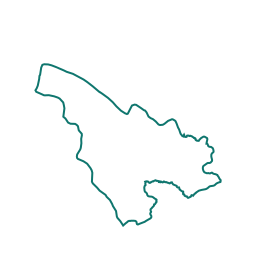 Noumbiel, Noumbiel, Burkina Faso, rotated 156°
{"feature_id": "67063806B78350075830190", "entity_name": "Noumbiel", "entity_type": "district", "adm_level": 2, "iso_a3": "BFA", "parent_name": "Burkina Faso", "parent_adm1": "Noumbiel", "projection": "orthographic", "projection_center": [-3.048, 9.8], "detail": "fine", "context": "isolated", "style": "outline", "palette": "teal", "viewbox_px": 256, "rotation_deg": 156, "n_neighbors": 0, "source": "geoboundaries", "source_scale": "gbopen_adm2", "svg_char_len": 5536}
<svg xmlns="http://www.w3.org/2000/svg" viewBox="0 0 256 256"><g transform="rotate(156 128 128)"><path d="M172.1,40.9L169.3,41.8L167.8,42.2L167.1,42.3L166.3,42.7L165.0,42.7L164.7,42.7L164.2,42.4L163.5,42.1L163.0,42.1L162.3,41.8L161.9,41.6L160.4,40.9L159.7,40.5L159.3,40.3L159.0,40.0L158.7,39.5L158.5,39.1L158.5,38.6L158.8,37.5L158.9,36.6L158.6,36.1L158.0,35.8L156.5,35.8L152.6,35.6L151.0,35.5L149.3,35.8L144.4,36.3L143.5,36.6L143.0,37.0L142.7,37.6L142.5,38.2L142.5,38.8L142.7,39.6L142.7,40.1L142.5,40.8L141.9,41.4L141.3,41.7L140.9,42.2L140.9,42.6L141.0,43.1L140.9,43.6L140.5,44.5L140.0,44.7L139.1,45.1L138.7,45.2L138.3,45.5L137.8,45.7L136.9,46.0L136.4,46.2L135.8,46.6L135.6,46.8L135.6,47.1L135.3,47.5L135.1,47.4L134.2,47.5L133.7,47.8L133.2,48.3L132.7,48.4L132.4,48.5L132.0,48.9L132.1,49.1L132.1,49.3L132.0,49.6L131.9,49.8L131.7,49.8L131.5,50.1L131.5,50.4L131.2,50.7L131.1,50.9L131.4,51.5L131.6,51.9L132.2,52.5L132.5,53.2L132.7,53.4L133.1,54.3L133.5,54.8L134.1,55.5L134.7,55.9L135.7,56.4L136.9,57.2L137.4,57.8L137.5,58.1L137.6,58.6L137.6,59.0L137.5,59.4L137.4,60.6L137.5,61.0L137.8,61.8L138.4,62.9L138.4,63.4L138.3,64.1L137.8,65.7L137.4,66.9L137.0,67.5L136.3,68.3L136.1,68.4L135.3,68.6L135.1,68.8L135.0,69.8L134.8,70.2L134.2,70.9L134.2,71.4L134.2,72.0L133.8,72.0L133.4,71.8L132.9,71.8L132.6,71.5L132.1,71.4L131.8,71.2L131.4,70.8L131.4,70.4L131.1,69.7L130.9,69.4L130.7,69.2L130.5,69.3L130.2,69.3L130.0,69.1L129.8,68.9L129.4,69.0L129.2,69.2L128.7,69.1L128.4,69.1L127.3,69.3L126.5,68.9L126.3,69.0L126.0,69.1L125.6,69.1L124.6,69.1L124.0,69.0L123.7,68.6L123.6,68.2L122.7,67.8L122.5,67.7L122.2,67.4L122.0,67.1L121.6,67.0L121.6,66.8L121.3,66.6L121.0,66.4L121.4,66.0L121.1,65.9L120.9,65.9L120.9,65.6L120.7,65.3L120.4,65.3L119.9,65.5L119.9,65.2L119.7,65.1L119.3,65.0L119.1,64.8L118.7,64.4L118.5,64.5L118.2,64.4L117.9,64.2L117.7,64.3L117.4,64.5L117.2,64.6L116.9,64.5L116.8,64.1L116.5,63.9L116.4,63.7L116.2,63.5L115.8,63.2L115.3,63.2L114.8,62.6L114.6,62.6L113.8,61.6L113.3,61.4L113.0,61.1L112.9,60.8L112.8,60.7L112.6,60.5L112.4,60.4L112.1,60.5L111.8,60.5L111.0,60.8L110.6,60.7L110.0,60.5L110.0,59.9L110.1,59.6L109.9,59.1L109.8,58.7L109.7,58.1L108.6,56.9L107.4,55.7L107.1,55.4L107.2,55.1L107.3,54.7L107.2,54.1L107.0,53.7L106.7,53.4L106.3,53.3L105.8,52.9L105.6,52.9L105.6,51.8L105.9,51.0L105.8,50.6L105.4,50.2L105.1,49.4L104.8,48.8L104.6,48.5L104.3,48.1L103.7,47.8L103.5,47.6L103.5,47.3L103.5,47.0L103.6,46.9L104.0,46.5L104.1,46.3L104.3,45.4L104.5,45.3L104.5,45.0L104.4,44.8L104.1,44.7L103.7,44.5L103.6,44.2L103.7,43.7L103.7,43.4L103.8,43.1L103.5,42.6L103.1,42.2L102.7,41.9L102.4,41.8L102.1,41.7L102.0,41.4L102.1,41.1L101.9,40.7L101.8,40.0L101.4,39.7L99.3,39.7L99.1,39.8L98.8,39.7L98.4,39.8L97.5,40.7L97.3,40.8L97.0,40.7L96.7,40.5L96.3,40.1L96.1,39.7L95.6,40.0L95.0,40.2L94.5,40.6L92.8,40.9L92.7,41.2L91.1,41.5L88.8,41.9L87.9,41.8L86.0,41.5L82.2,40.6L81.2,40.5L79.7,40.7L78.1,41.2L77.4,41.4L76.7,41.4L76.2,41.3L75.6,41.1L73.3,40.5L72.2,40.5L69.8,41.3L68.2,41.4L66.8,41.3L65.8,41.1L65.5,41.1L65.2,41.5L65.2,41.8L64.9,42.0L64.6,42.6L64.6,43.2L64.9,43.6L65.0,44.0L65.0,44.6L65.1,44.9L65.1,45.6L65.2,46.9L65.4,47.5L65.5,48.3L65.5,48.8L65.9,49.1L66.2,49.6L66.7,50.0L67.1,50.4L67.9,50.9L68.3,51.3L68.9,51.9L69.0,52.3L69.5,53.1L70.3,53.1L70.6,53.2L71.3,53.1L71.7,53.2L72.4,53.7L73.0,54.2L73.4,54.2L74.5,54.7L75.8,56.0L76.2,56.5L76.4,57.3L76.5,58.1L76.4,59.2L76.2,60.3L75.8,61.2L75.4,61.9L74.7,62.5L74.4,62.7L73.7,62.8L69.8,63.6L69.0,63.5L68.2,63.0L67.6,62.9L67.0,62.8L66.4,62.9L64.7,63.7L64.3,64.3L64.0,65.3L63.8,66.7L63.5,68.1L62.8,69.6L62.4,70.1L61.5,70.7L60.9,70.9L59.9,71.2L59.5,71.5L59.1,72.5L58.8,73.9L58.8,74.7L58.9,75.5L59.5,76.3L59.8,76.9L61.2,77.7L61.8,78.4L62.0,78.8L61.9,80.7L62.0,81.5L62.7,81.8L61.9,83.0L60.8,84.4L60.0,85.6L59.9,86.6L60.3,87.2L61.4,88.7L62.0,89.2L62.7,89.4L65.2,89.1L66.8,88.5L67.4,88.3L68.6,87.5L68.8,87.6L69.3,87.9L69.6,88.0L70.1,88.3L70.5,88.7L70.5,89.0L71.0,89.5L71.0,89.9L70.7,90.7L71.0,90.9L70.9,91.2L71.0,91.7L71.2,91.9L71.8,92.1L71.8,92.4L72.3,93.1L72.4,93.4L72.7,93.7L72.8,93.9L73.0,94.2L73.1,94.6L73.6,94.9L74.3,95.6L74.5,95.5L75.2,95.7L75.4,96.0L75.6,96.1L76.0,96.6L76.8,96.9L77.0,97.0L77.3,96.9L77.7,96.5L77.9,96.5L78.2,96.1L79.2,96.5L79.3,96.7L79.5,96.8L79.7,97.0L80.3,97.3L79.7,98.1L79.6,98.6L79.5,98.8L79.5,99.1L80.3,98.5L81.6,98.5L82.3,101.4L81.9,105.8L82.1,108.1L81.8,112.2L81.8,114.9L82.2,115.8L83.5,117.6L84.2,118.1L88.5,118.2L93.0,117.0L94.9,116.8L97.6,117.7L98.7,118.8L100.0,122.7L101.6,125.9L103.3,127.8L104.6,130.1L104.7,134.7L105.3,137.0L106.2,137.8L108.0,140.9L111.1,145.8L112.5,146.7L115.2,146.9L116.5,145.9L122.3,141.2L123.3,141.2L124.7,142.6L127.4,146.7L129.8,152.5L131.4,157.7L134.0,163.6L137.4,169.5L139.2,172.4L139.4,172.4L143.3,180.5L146.7,186.8L148.9,190.4L156.3,199.9L161.2,204.3L163.1,206.6L169.1,213.1L172.3,216.3L175.0,218.5L178.6,220.3L180.5,220.5L182.7,218.5L186.7,212.3L187.7,211.6L189.2,208.9L193.2,203.4L195.4,201.3L197.2,200.1L197.1,198.4L192.4,193.2L191.7,192.3L190.8,191.7L187.0,190.2L182.6,187.0L179.8,184.4L178.5,182.7L176.8,177.7L177.3,175.0L178.1,171.8L182.5,164.6L181.3,162.1L180.5,157.3L178.8,155.3L174.7,153.3L173.7,151.9L173.0,150.0L173.9,146.0L173.7,145.0L172.6,141.6L173.1,140.1L175.2,137.1L176.8,133.0L179.2,129.1L180.4,127.8L185.2,124.5L186.3,122.8L186.7,121.4L186.3,120.1L182.2,115.7L180.4,112.9L179.8,111.9L178.6,106.6L178.4,104.1L178.8,101.6L182.8,93.6L182.7,91.7L180.5,86.1L179.4,82.3L175.7,76.0L175.5,73.8L173.8,69.6L173.4,65.1L173.5,62.8L172.7,57.0L174.2,51.6L174.2,50.2L172.9,46.0L172.3,42.2L172.1,40.9Z" fill="none" stroke="#0f766e" stroke-width="2"/></g></svg>